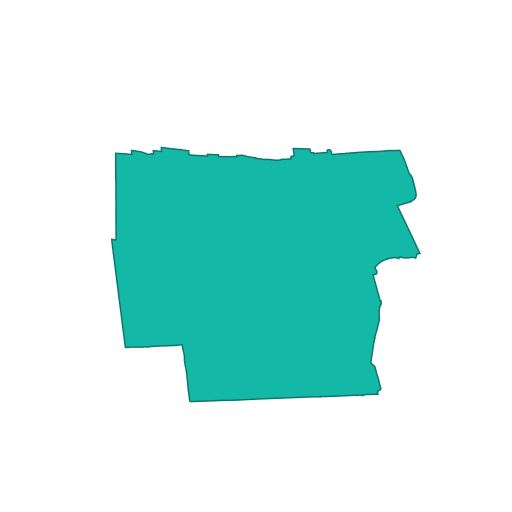 the district of Rijswijk, Zuid-Holland, Netherlands, rotated 27°
{"feature_id": "6326949B66276661234302", "entity_name": "Rijswijk", "entity_type": "district", "adm_level": 2, "iso_a3": "NLD", "parent_name": "Netherlands", "parent_adm1": "Zuid-Holland", "projection": "robinson", "projection_center": [4.329, 52.037], "detail": "fine", "context": "isolated", "style": "filled", "palette": "teal", "viewbox_px": 512, "rotation_deg": 27, "n_neighbors": 0, "source": "geoboundaries", "source_scale": "gbopen_adm2", "svg_char_len": 5996}
<svg xmlns="http://www.w3.org/2000/svg" viewBox="0 0 512 512"><g transform="rotate(27 256 256)"><path d="M427.3,323.8L426.3,323.1L426.3,321.3L425.7,320.9L427.2,319.2L427.5,318.6L427.6,318.2L427.6,317.9L427.4,317.5L427.2,317.2L424.2,313.9L419.8,308.8L418.1,307.3L412.1,300.6L406.7,299.0L405.5,295.4L403.5,289.3L401.6,283.6L400.2,279.2L400.0,278.6L399.1,274.8L398.7,274.8L398.4,273.1L398.0,271.0L397.7,269.4L397.6,268.2L396.2,262.4L395.0,257.0L390.8,249.4L389.8,246.7L389.3,244.2L389.2,242.9L389.3,242.3L389.4,241.8L388.6,240.4L388.2,239.8L387.8,239.2L387.0,239.6L368.8,219.6L371.5,217.4L371.3,216.6L371.1,215.2L367.1,212.3L368.0,209.0L368.8,207.0L369.8,204.8L371.3,202.5L372.9,200.5L374.7,198.7L376.7,196.9L379.5,194.9L380.1,194.6L381.7,193.9L382.9,193.6L384.4,193.5L384.3,193.1L384.3,192.8L384.3,192.5L384.4,192.1L384.5,191.7L384.8,191.4L385.0,191.3L386.0,191.2L386.6,191.1L386.9,191.0L387.7,190.8L388.7,190.4L389.8,189.9L390.6,189.6L391.8,188.9L392.5,188.5L393.1,188.1L393.8,187.6L394.7,187.0L395.1,186.7L395.7,186.4L396.2,186.1L396.9,185.8L397.6,185.6L398.3,185.5L399.2,185.4L399.1,184.4L398.9,182.5L398.4,181.3L400.9,179.3L400.1,178.7L394.7,174.6L394.1,174.2L393.6,173.7L384.9,166.9L377.6,161.3L373.8,158.3L372.3,157.2L369.8,155.3L368.3,154.1L368.1,154.0L367.8,153.7L366.8,153.1L365.2,151.8L361.3,148.7L359.1,147.0L360.8,145.4L369.7,136.9L369.3,136.4L369.9,135.8L370.1,135.5L370.5,134.9L370.9,134.3L371.2,133.8L371.3,133.4L371.4,133.1L371.5,132.6L371.6,132.1L371.6,131.5L371.6,131.4L371.6,131.0L371.5,130.7L371.4,130.3L371.2,129.6L370.9,128.8L370.7,128.4L370.3,127.9L370.0,127.5L369.5,126.8L368.6,125.4L362.5,118.5L360.4,116.0L360.1,115.7L359.9,115.6L359.6,115.3L357.4,113.8L354.9,112.9L346.6,104.9L343.2,101.9L339.1,98.8L336.3,96.6L335.2,97.1L334.7,97.4L333.4,98.2L332.7,98.6L330.9,99.5L330.0,100.0L328.6,100.7L327.1,101.4L326.1,101.9L326.0,102.1L325.0,102.7L322.5,104.2L322.1,104.5L321.8,104.7L321.4,105.0L321.0,105.2L320.5,105.5L320.1,105.8L319.5,106.2L317.5,107.3L315.7,108.3L314.9,108.8L313.7,109.4L313.4,109.5L313.0,109.7L312.5,110.0L312.1,110.2L311.3,110.7L311.0,110.8L310.6,111.0L310.3,111.2L310.1,111.3L307.0,113.2L301.4,116.5L300.7,116.9L299.6,117.5L298.7,118.1L296.6,119.5L293.8,121.1L292.9,121.6L292.2,122.2L289.8,123.6L289.2,123.9L289.0,124.1L288.3,124.6L287.0,125.4L284.7,126.6L283.2,127.6L280.9,129.0L278.1,130.8L277.7,130.8L277.4,130.8L277.1,130.7L275.5,128.8L275.4,128.6L275.2,128.5L274.9,128.3L274.4,128.1L273.9,128.0L273.5,128.0L273.2,128.0L272.6,128.2L272.1,128.6L271.7,128.9L271.5,129.5L271.6,130.0L272.4,131.1L272.5,131.4L270.6,132.6L270.2,132.8L261.0,138.4L260.8,138.1L260.5,137.9L260.1,138.1L258.5,138.9L258.1,139.0L257.4,138.8L256.0,136.7L255.8,136.4L255.6,136.3L255.2,136.3L253.1,137.3L251.6,138.1L250.7,138.5L246.9,140.2L240.4,143.3L240.4,143.5L244.5,149.2L244.4,149.4L243.6,150.0L243.0,150.6L242.6,151.0L242.0,151.8L242.2,152.1L242.6,152.6L243.1,153.2L243.2,153.5L237.7,156.8L235.5,157.8L232.8,160.4L231.6,161.0L227.6,162.7L226.3,163.1L221.0,165.3L220.5,165.5L220.4,165.9L218.7,166.6L216.6,167.1L213.0,168.6L211.8,169.1L211.5,168.6L203.2,171.4L202.3,171.5L201.5,171.7L198.3,172.4L197.9,172.5L197.7,172.6L197.3,172.9L197.0,173.1L195.6,173.9L194.5,174.5L193.4,175.1L193.1,175.2L193.6,175.9L193.8,176.2L188.5,178.9L188.0,179.2L185.4,180.5L184.1,181.1L183.3,181.5L177.8,184.4L176.6,182.9L171.7,185.2L170.5,185.7L169.5,186.1L166.6,187.5L167.5,188.9L166.0,189.5L165.0,190.0L164.5,190.2L157.9,193.2L156.3,193.9L155.2,194.4L152.3,195.5L150.5,196.2L150.2,195.9L150.0,195.7L148.2,192.8L147.5,193.1L143.4,194.6L141.8,195.2L141.6,195.3L141.3,195.3L141.1,195.2L140.7,195.1L140.3,195.6L140.1,195.8L139.6,196.0L138.2,196.5L131.2,199.1L129.0,199.9L126.2,200.9L125.0,201.3L124.6,201.5L123.9,201.7L122.4,202.3L124.3,205.8L121.8,206.8L116.7,208.7L118.4,211.9L116.3,212.4L116.1,212.7L115.2,213.5L114.2,214.2L113.9,214.3L113.0,214.5L109.0,215.0L107.8,215.1L106.1,215.5L99.7,217.5L97.2,218.5L99.3,221.9L92.5,224.6L84.4,228.2L84.8,229.1L86.1,231.5L88.5,236.5L94.1,247.2L95.8,250.5L97.3,253.1L100.9,260.0L104.7,267.6L108.2,274.2L112.3,282.4L115.8,289.2L116.6,290.7L117.9,293.2L118.7,294.7L119.2,295.8L121.2,299.8L121.4,300.1L121.7,300.6L122.0,301.1L122.7,302.6L123.7,304.6L123.8,304.7L123.8,304.9L123.8,305.1L123.8,305.3L123.7,305.4L123.5,305.5L123.3,305.6L123.0,305.7L120.7,306.3L120.1,306.5L119.9,306.6L120.2,307.2L121.4,309.0L122.8,311.1L124.4,313.5L125.7,315.3L126.9,317.2L130.3,322.1L144.0,342.3L146.0,345.2L147.7,347.7L150.8,352.3L153.7,356.6L159.7,365.3L167.3,376.5L171.5,382.7L177.6,391.6L181.2,396.8L183.8,395.3L187.7,393.0L189.7,392.0L191.3,391.2L193.4,390.2L194.6,389.6L195.5,389.1L196.5,388.5L197.8,387.6L198.0,387.4L198.5,387.1L199.0,386.9L199.3,386.9L200.0,386.6L200.5,386.4L201.2,386.1L201.6,385.8L201.9,385.6L202.4,385.1L202.9,384.7L203.1,384.6L204.2,383.9L205.8,383.0L212.3,379.2L215.9,377.3L219.2,375.4L220.6,374.6L223.6,373.0L225.6,371.8L226.7,371.1L227.0,370.9L228.3,369.8L228.5,369.7L229.1,369.2L229.4,369.1L229.8,369.0L229.9,368.9L230.3,369.0L230.7,369.2L230.9,369.3L231.2,369.6L231.4,369.9L232.8,371.7L233.7,372.9L234.1,373.3L234.8,374.1L235.2,374.5L235.8,375.2L236.7,376.4L237.4,377.3L238.4,379.1L239.3,380.8L239.5,381.4L241.5,384.0L243.1,386.2L245.2,388.9L246.0,390.0L247.4,392.0L247.8,392.5L248.7,393.9L250.3,396.4L252.4,399.5L253.2,400.9L256.0,405.3L256.8,406.6L258.6,409.1L260.2,411.5L261.9,414.0L262.5,414.9L262.9,415.3L263.0,415.3L263.3,415.4L263.5,415.4L264.0,415.3L264.5,415.1L268.9,412.6L286.0,403.1L285.9,403.0L286.4,402.8L293.9,398.7L295.4,398.0L302.7,394.0L303.8,393.3L305.6,392.4L308.5,390.7L310.7,389.4L325.4,381.0L344.1,370.5L364.6,359.0L369.0,356.6L372.6,354.6L374.9,353.3L376.1,352.9L377.4,352.4L377.2,351.8L378.5,351.3L379.7,350.8L381.0,350.1L382.3,349.4L385.4,347.6L389.4,345.4L392.5,343.6L393.7,342.9L397.5,340.8L399.8,339.5L401.0,338.8L406.8,335.5L409.0,334.3L409.1,334.5L411.4,332.9L412.7,332.1L413.2,332.5L414.9,331.5L415.2,331.3L415.4,330.4L416.9,329.5L420.9,327.4L427.3,323.8Z" fill="#14b8a6" stroke="#0f766e" stroke-width="1.5"/></g></svg>